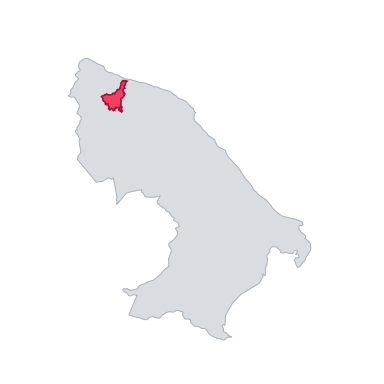 Caylloma, Arequipa, Peru shown in context, rotated 169°
{"feature_id": "86281439B30825453994343", "entity_name": "Caylloma", "entity_type": "district", "adm_level": 2, "iso_a3": "PER", "parent_name": "Peru", "parent_adm1": "Arequipa", "projection": "albers", "projection_center": [-71.786, -15.701], "detail": "fine", "context": "in_parent", "style": "filled", "palette": "rose", "viewbox_px": 384, "rotation_deg": 169, "n_neighbors": 0, "source": "geoboundaries", "source_scale": "gbopen_adm2", "svg_char_len": 8536}
<svg xmlns="http://www.w3.org/2000/svg" viewBox="0 0 384 384"><g transform="rotate(169 192 192)"><path d="M278.6,108.6L278.5,109.6L277.1,110.2L275.9,109.4L274.0,109.6L271.2,107.1L264.5,107.4L261.5,110.3L257.0,110.9L252.2,112.3L246.7,112.8L238.1,117.5L236.1,119.4L232.2,122.1L229.0,123.1L227.5,131.5L224.4,136.5L223.2,139.2L224.9,143.2L224.9,145.3L223.2,146.9L221.8,147.1L218.9,148.8L214.5,152.6L213.8,155.5L215.2,159.3L214.8,159.7L211.2,160.5L211.3,162.6L210.6,163.4L213.6,166.4L215.3,167.1L215.4,167.9L215.1,168.7L214.5,169.0L214.4,169.7L216.6,171.9L218.3,176.5L221.4,178.6L221.5,180.1L222.4,181.5L224.1,182.6L227.9,187.1L228.0,189.3L224.0,194.1L230.6,194.1L237.8,195.7L238.9,196.5L239.7,198.7L239.8,200.1L241.3,201.3L241.1,203.9L250.6,203.9L256.8,203.3L266.8,195.2L268.4,194.5L267.5,196.3L267.4,197.6L267.9,199.0L266.7,201.0L266.5,220.7L268.3,219.7L270.6,221.6L272.3,221.7L277.8,219.5L284.1,219.9L298.4,246.0L297.1,247.7L297.2,249.0L295.4,250.2L293.5,252.2L293.3,262.5L291.8,265.6L292.6,267.3L293.4,270.5L294.7,272.5L295.0,273.8L294.8,274.3L292.8,275.4L292.6,277.3L289.0,280.9L288.3,283.4L287.0,284.2L286.7,287.0L289.9,291.6L287.8,294.3L285.8,298.3L289.0,306.9L290.3,308.1L291.7,308.0L293.8,308.8L295.0,310.1L292.3,311.7L291.9,312.4L292.0,315.2L289.1,317.2L285.2,322.5L284.2,322.8L282.2,324.4L281.9,325.2L282.2,326.0L283.9,327.6L284.0,329.5L281.2,331.9L279.3,332.1L278.5,332.8L279.3,336.1L279.3,337.6L278.7,339.3L277.3,341.2L273.2,343.1L269.4,343.4L263.1,338.5L261.1,336.5L254.8,332.3L253.9,327.9L251.7,325.8L247.9,324.2L244.8,321.9L242.5,320.9L236.8,316.0L231.5,314.4L221.8,309.3L216.5,307.6L209.7,302.9L206.0,301.6L203.1,299.4L194.1,294.7L192.7,293.2L191.3,290.8L189.3,289.4L187.1,286.2L183.7,284.4L180.5,281.9L176.5,275.2L174.6,273.7L174.4,270.6L173.1,269.2L174.9,268.1L176.1,263.3L175.4,260.9L170.7,254.5L169.8,251.8L166.3,247.0L165.0,244.0L162.3,241.9L161.2,240.1L159.7,239.3L159.5,237.0L158.4,232.7L156.9,230.6L151.4,226.6L150.8,222.2L149.5,219.2L141.8,206.9L137.1,195.1L133.2,188.6L131.6,184.8L131.4,182.7L128.6,179.3L127.0,176.1L120.7,170.1L116.9,163.4L116.3,161.3L113.8,157.6L109.7,152.9L107.7,151.0L95.6,145.4L89.9,141.9L89.2,140.0L89.4,138.9L90.6,137.8L92.3,138.6L93.3,138.2L94.0,136.8L94.0,134.8L92.8,132.2L88.8,127.3L89.7,124.9L85.6,119.2L86.2,113.5L87.0,112.0L92.6,106.0L94.0,103.4L96.5,101.8L98.9,99.4L101.9,97.5L102.8,98.0L103.8,101.1L103.8,103.1L104.7,105.4L102.7,107.6L100.4,107.2L99.5,107.8L99.2,108.8L99.6,110.3L100.2,110.9L102.0,110.9L99.8,114.1L100.0,114.7L101.6,115.1L103.1,114.3L104.7,112.5L105.6,112.2L111.6,115.0L114.3,114.5L116.4,115.8L116.7,118.0L119.8,122.1L124.1,123.0L124.8,122.6L125.8,121.0L126.7,120.7L126.8,118.3L130.5,115.7L131.0,114.0L130.4,112.8L130.5,111.8L132.5,106.2L133.2,105.6L133.8,103.8L134.6,102.7L135.7,96.4L136.7,96.4L137.8,97.9L138.9,97.4L138.2,96.1L138.4,95.6L142.5,90.5L143.8,89.4L163.8,82.0L173.8,74.8L182.5,64.8L185.1,54.9L186.2,55.6L187.9,55.3L187.2,51.3L187.6,49.4L187.5,48.9L184.7,46.6L183.5,44.0L181.0,42.6L181.1,42.0L183.7,42.5L186.1,42.2L188.1,40.6L189.6,40.7L193.0,42.9L195.4,43.0L196.3,44.6L198.7,45.7L202.2,49.1L203.8,52.8L203.7,53.4L205.2,55.4L208.5,56.3L211.9,59.0L215.3,59.8L216.8,62.2L217.8,63.0L218.3,64.4L217.7,66.1L218.2,67.0L220.8,68.4L222.9,68.5L223.4,69.2L224.7,73.3L223.9,75.3L224.2,76.5L227.0,77.5L227.9,78.3L230.1,78.5L233.3,77.6L237.2,78.9L240.3,78.4L241.7,78.1L243.1,77.2L244.3,77.2L247.4,74.6L248.3,74.3L251.6,75.5L254.4,77.3L257.8,77.0L259.2,75.9L261.7,75.3L266.2,77.5L267.2,78.5L268.4,78.7L273.2,81.0L274.1,81.8L276.6,82.7L277.2,83.4L277.0,84.2L265.6,101.0L269.1,102.4L272.3,101.6L274.0,102.7L275.2,105.5L277.8,107.3L278.6,108.6Z" fill="#d9dde1" stroke="#a8b0b8" stroke-width="1"/><path d="M262.8,302.8L262.7,302.6L262.5,302.3L262.3,302.3L262.2,302.4L262.0,302.1L262.1,301.9L262.1,301.7L261.8,301.4L261.6,300.9L261.4,300.5L261.3,300.4L261.6,299.9L261.9,299.8L262.0,299.4L261.8,299.2L261.7,298.9L261.7,298.3L261.6,298.0L261.3,297.9L260.6,297.4L260.2,296.8L260.3,296.7L260.2,296.5L260.1,296.4L260.1,296.1L260.1,295.8L260.1,295.6L260.4,295.3L260.5,295.0L260.3,294.8L259.9,294.6L259.7,294.2L259.6,294.4L259.4,294.7L259.1,294.7L259.2,295.0L258.7,295.0L258.6,294.7L258.4,294.5L258.1,294.7L257.9,294.8L257.6,294.5L257.6,294.2L257.6,293.8L257.7,293.6L257.9,293.5L257.9,293.4L257.9,293.1L257.7,293.0L257.7,292.8L257.7,292.6L257.7,292.3L257.5,292.0L257.3,292.0L257.2,291.9L257.2,291.6L257.3,291.3L257.6,291.0L257.8,290.9L257.8,290.7L257.6,290.6L257.5,290.3L257.4,290.2L257.6,290.1L257.6,289.9L257.8,289.9L258.0,289.7L258.1,289.4L257.8,289.2L257.7,289.0L257.5,288.9L257.4,288.9L257.2,288.9L257.0,288.6L257.0,288.4L257.0,288.2L256.9,288.2L256.7,288.6L256.4,288.3L256.1,288.4L256.1,288.5L255.9,288.8L255.6,289.2L255.4,289.3L255.2,289.4L255.1,289.1L254.8,288.9L254.7,288.9L254.5,288.7L254.4,288.7L254.2,288.5L254.1,288.4L254.0,288.1L253.6,288.0L253.6,287.6L253.4,287.5L253.5,287.4L253.4,287.4L253.2,287.3L253.2,287.0L252.9,287.1L252.3,287.0L252.2,287.0L252.1,287.5L252.2,287.8L252.6,288.0L252.5,288.4L252.4,288.5L252.1,288.7L251.7,288.6L251.1,288.4L251.0,288.9L250.9,289.0L250.9,289.5L250.7,289.6L250.5,289.8L250.1,289.7L249.9,289.4L249.7,289.2L249.6,288.9L249.2,288.9L248.9,288.9L248.7,288.8L248.4,288.7L248.2,288.8L248.0,288.7L247.9,288.8L247.7,288.5L247.4,288.5L247.2,288.7L246.9,288.7L246.7,288.1L247.1,288.0L247.3,287.8L248.0,287.5L248.0,287.3L247.9,287.1L248.2,286.6L248.3,286.5L248.3,286.4L247.7,285.9L247.6,285.6L247.2,285.8L247.0,285.7L246.7,285.5L246.5,285.4L246.4,285.3L246.6,284.9L246.3,284.6L246.2,284.1L245.9,283.9L245.7,284.1L245.7,284.5L245.2,284.4L245.1,284.5L245.0,285.1L245.1,285.3L245.2,285.8L245.2,286.0L245.3,286.1L245.5,286.3L245.6,286.7L245.5,286.9L245.3,286.8L245.2,287.0L244.9,287.9L244.9,288.1L244.5,288.4L244.6,288.7L244.9,288.8L245.1,289.2L244.7,289.6L245.0,289.9L245.6,290.2L245.8,290.2L245.8,290.4L245.5,290.7L245.5,291.1L245.1,291.2L245.1,291.5L244.9,291.9L244.9,292.0L244.8,292.3L244.8,292.6L244.6,292.7L244.6,293.0L244.5,293.4L244.5,293.6L244.4,294.0L244.3,294.5L244.3,294.8L244.3,295.0L244.2,295.1L244.2,295.3L244.3,295.3L244.2,295.6L244.3,295.7L244.3,295.8L244.3,296.0L244.2,296.1L244.2,296.3L244.3,296.5L244.3,296.8L244.2,297.0L243.9,297.1L243.7,297.1L243.6,297.3L243.2,297.4L243.1,297.5L242.9,297.6L242.7,297.5L242.0,297.9L241.9,298.1L241.6,298.4L241.3,298.6L240.9,298.8L240.6,299.1L240.4,299.4L240.4,299.5L240.3,299.8L240.1,299.9L240.1,300.0L239.9,300.3L239.8,300.5L239.8,300.8L239.6,300.8L239.5,300.7L239.2,301.0L239.4,301.1L239.5,301.3L239.4,301.6L239.4,302.0L239.7,302.2L239.6,302.3L239.5,302.5L239.5,302.8L239.9,303.1L240.3,303.3L240.5,303.5L240.4,303.8L240.4,304.0L240.2,304.2L240.2,304.3L240.4,304.5L240.6,304.7L240.5,304.8L240.1,305.2L240.1,305.5L240.1,305.9L240.0,306.3L239.8,306.5L239.1,306.4L238.6,306.8L238.3,306.8L238.5,307.0L238.5,307.5L238.3,307.7L238.3,308.2L238.2,308.9L238.3,309.0L238.1,309.0L237.9,309.1L237.8,309.4L237.4,309.4L237.2,309.5L237.1,310.3L236.7,310.6L236.5,311.7L236.2,312.2L236.0,312.4L235.7,312.4L235.6,312.6L235.1,312.7L234.5,313.1L234.8,313.2L234.9,313.5L235.1,313.6L235.4,313.6L235.8,313.6L235.9,313.8L236.0,313.7L236.3,313.7L236.5,313.6L236.9,313.5L237.0,313.7L236.9,314.0L237.0,314.2L237.3,314.3L237.7,314.2L237.8,314.4L238.0,314.4L238.3,314.3L238.4,314.0L238.5,314.0L238.8,314.1L239.0,314.1L239.0,314.3L239.2,314.2L239.2,313.9L239.6,313.9L240.2,313.1L240.4,313.1L240.5,313.0L240.6,312.9L240.7,312.7L240.8,312.5L240.9,312.4L241.0,312.4L241.0,312.2L241.0,311.7L241.3,311.0L241.7,310.3L241.9,310.0L241.9,309.8L242.1,309.3L242.9,308.2L243.0,307.8L243.1,307.6L242.8,307.5L242.8,307.3L243.0,307.3L243.2,307.5L243.3,307.6L243.8,307.0L244.1,306.8L244.3,306.4L244.7,306.5L244.8,306.4L245.0,306.5L245.4,306.6L245.6,306.8L245.8,306.7L246.0,306.6L246.1,306.4L246.3,306.3L246.4,305.8L246.7,305.7L246.8,305.6L246.9,305.3L247.0,305.1L247.3,304.9L247.6,304.8L248.2,304.6L248.5,304.4L248.5,304.2L248.7,303.9L248.9,303.9L249.0,303.6L248.9,303.2L249.0,303.0L249.3,303.2L249.6,303.4L249.9,303.9L250.0,303.9L250.5,303.8L251.0,304.0L251.3,303.7L251.6,303.4L251.8,303.2L251.8,302.9L252.2,302.9L252.5,303.0L252.8,302.9L253.0,303.0L253.2,302.9L253.5,303.0L253.8,302.9L254.2,302.9L254.4,302.9L254.9,303.2L255.1,303.1L255.3,303.3L255.5,303.3L255.9,303.4L256.0,303.8L256.4,304.1L256.6,304.2L256.9,304.4L257.1,304.6L257.2,304.4L257.3,304.3L257.9,304.2L258.0,303.9L258.4,303.9L258.5,303.9L258.9,303.8L258.9,304.1L259.1,304.2L259.4,304.1L259.6,303.8L259.8,303.7L260.3,303.6L261.0,303.6L261.4,303.5L261.6,303.4L261.8,303.2L262.3,303.3L262.5,303.1L262.8,302.8Z" fill="#f43f5e" stroke="#9f1239" stroke-width="1.5"/></g></svg>